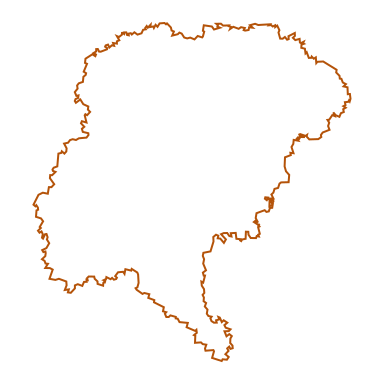 outline of Thakurgaon, Rangpur, Bangladesh
{"feature_id": "16705992B44482388014877", "entity_name": "Thakurgaon", "entity_type": "district", "adm_level": 2, "iso_a3": "BGD", "parent_name": "Bangladesh", "parent_adm1": "Rangpur", "projection": "albers", "projection_center": [88.472, 25.936], "detail": "fine", "context": "isolated", "style": "outline", "palette": "amber", "viewbox_px": 384, "rotation_deg": 0, "n_neighbors": 0, "source": "geoboundaries", "source_scale": "gbopen_adm2", "svg_char_len": 5813}
<svg xmlns="http://www.w3.org/2000/svg" viewBox="0 0 384 384"><path d="M339.4,116.8L340.9,113.2L343.8,112.0L343.2,109.2L345.7,107.7L343.4,106.2L345.5,105.1L344.9,102.2L348.3,101.8L349.0,100.4L349.7,101.5L350.5,98.8L349.9,94.0L347.8,94.2L347.5,87.3L343.6,86.4L345.9,84.1L342.8,82.5L341.4,78.8L339.8,78.6L339.5,75.8L336.2,72.5L336.6,69.8L323.2,61.5L317.4,61.8L316.3,63.1L315.8,57.4L313.8,58.7L311.7,56.6L311.4,57.8L308.8,57.9L306.7,52.2L305.5,53.4L304.9,48.7L301.3,47.8L301.5,44.6L303.9,43.8L303.0,43.3L303.7,41.7L301.0,43.1L299.9,42.5L299.6,38.9L295.3,40.1L292.9,37.8L294.9,35.9L294.8,33.0L288.5,36.2L288.7,39.1L287.1,39.7L284.9,37.0L282.7,38.7L280.2,38.6L278.5,32.5L279.4,30.2L277.2,25.6L275.2,27.1L275.1,25.3L272.7,26.5L271.2,25.1L269.0,25.3L269.9,24.3L258.2,25.0L255.1,23.8L250.0,25.2L252.7,27.7L249.1,27.3L248.6,30.0L245.1,30.6L243.7,30.1L244.8,28.0L241.0,27.2L238.7,28.8L233.3,26.8L230.1,29.0L231.0,26.9L228.8,26.2L229.2,25.4L223.1,25.6L220.9,23.7L216.3,23.8L217.9,25.2L217.4,26.6L220.0,27.7L214.0,29.5L211.9,26.5L203.8,25.3L202.9,30.8L204.2,31.6L202.9,36.5L202.2,37.4L197.7,36.0L194.5,39.4L190.2,37.6L187.2,38.4L184.2,37.5L181.7,33.6L179.4,32.6L177.8,34.2L172.2,35.6L173.9,31.5L171.6,30.5L170.9,27.5L167.0,23.4L166.0,24.3L164.5,23.0L159.6,23.4L157.5,26.8L155.6,24.8L153.9,28.0L153.3,26.5L150.3,27.0L150.6,24.7L147.8,27.7L146.7,26.0L145.2,28.0L145.8,29.3L143.1,29.8L141.5,33.3L137.5,34.6L134.4,32.3L131.8,34.5L130.8,33.2L128.3,33.7L128.7,35.3L127.1,35.0L126.3,32.4L124.2,32.4L124.1,34.0L123.0,33.3L123.7,32.7L122.0,32.9L121.9,34.7L119.0,37.0L116.9,36.1L119.3,40.3L116.9,41.3L116.9,43.6L113.1,43.0L114.1,45.8L111.9,45.3L109.4,47.5L108.0,44.6L105.7,45.4L105.1,46.7L107.2,48.1L107.0,49.3L100.7,51.7L99.1,51.6L97.8,49.0L96.2,49.1L96.2,51.4L93.6,53.0L96.0,54.5L95.3,56.2L92.4,54.3L85.5,58.7L85.0,62.9L87.0,63.8L83.7,71.7L86.1,73.2L85.7,74.9L83.4,76.8L82.9,81.9L78.8,83.3L77.1,85.5L77.6,88.6L74.8,92.1L76.4,95.9L78.5,95.4L78.1,97.9L75.5,99.1L74.8,101.0L75.9,102.8L80.0,99.7L79.8,98.6L83.3,104.2L88.3,106.5L87.9,109.6L90.1,111.9L87.1,115.2L85.4,114.2L84.7,115.3L86.5,122.5L81.9,121.2L81.0,123.3L84.3,126.8L81.9,128.8L82.8,131.9L88.3,133.2L88.5,135.0L86.5,137.6L78.9,138.3L76.0,140.0L72.7,139.2L70.0,140.1L68.1,142.7L64.1,143.6L66.6,148.3L66.3,151.5L64.4,153.6L61.8,151.3L61.3,152.9L58.4,153.6L57.3,166.4L53.7,167.7L52.5,169.5L52.9,170.9L55.5,171.9L52.1,175.2L50.2,175.1L49.9,178.2L54.2,184.2L51.5,187.1L48.9,187.1L47.8,193.7L42.8,192.7L38.5,194.8L33.5,204.7L35.4,206.3L36.3,205.2L37.9,207.6L38.1,209.7L36.5,210.4L36.0,216.8L41.0,218.4L43.1,221.3L39.7,227.0L40.8,228.0L38.0,230.7L39.5,232.7L41.5,231.4L42.8,234.2L42.0,237.7L43.0,238.6L45.1,234.2L46.5,234.0L47.6,237.2L46.9,239.5L49.2,243.2L46.4,248.1L42.2,250.1L43.4,252.1L45.4,251.5L45.7,253.1L45.3,256.1L42.0,259.2L44.6,260.9L45.5,263.5L47.9,263.8L45.3,268.0L49.9,268.1L52.7,269.6L49.5,278.8L55.4,279.9L58.9,278.8L66.3,281.5L66.6,285.3L64.8,290.0L68.8,289.4L67.9,292.4L70.8,292.8L74.9,288.4L74.9,285.4L77.8,284.2L82.3,285.9L84.0,281.9L86.7,281.8L86.5,279.7L87.6,280.0L87.1,278.1L88.7,276.5L94.2,276.6L94.7,278.8L97.5,281.4L97.6,283.9L103.1,285.7L103.3,282.9L104.7,281.3L104.0,282.4L104.8,282.5L105.3,280.6L103.8,280.1L106.1,279.0L106.4,277.1L110.6,279.2L112.1,277.9L113.9,279.7L116.2,279.0L116.9,277.7L115.2,276.1L118.0,272.3L123.1,271.8L124.5,273.9L125.4,269.2L131.2,270.6L131.7,268.9L137.3,272.5L138.1,274.5L138.6,282.9L137.4,287.3L135.6,288.2L136.7,289.8L142.5,293.9L144.3,293.0L149.3,294.2L148.3,297.9L154.3,300.1L154.0,302.3L163.8,307.2L163.0,311.3L166.2,312.2L164.9,313.7L166.3,317.0L168.7,317.0L170.4,315.4L175.8,316.9L175.7,318.4L177.7,318.7L179.5,322.1L187.8,322.9L186.6,327.2L195.2,330.9L196.4,329.8L196.8,332.8L194.0,335.1L195.3,335.7L195.0,342.8L201.0,342.4L202.7,344.1L206.3,344.7L205.0,348.5L205.5,350.7L213.4,350.1L214.0,351.3L212.1,357.9L221.7,361.0L222.6,359.3L226.9,359.7L228.7,357.0L225.4,354.2L228.5,350.9L227.2,348.4L229.2,346.6L230.4,348.9L232.7,348.2L232.5,345.6L230.2,343.0L230.4,338.5L231.8,336.1L229.3,334.1L226.5,336.3L224.5,331.3L228.8,331.1L230.5,329.3L225.7,327.7L224.4,325.1L227.3,322.7L223.7,320.3L221.8,322.1L219.8,317.6L218.4,317.0L219.3,319.4L216.1,320.3L216.7,322.6L214.0,322.7L211.5,321.1L210.4,318.4L211.6,316.7L208.4,316.0L206.8,313.7L207.5,309.6L204.8,306.5L206.1,303.0L203.6,301.2L203.9,297.5L202.6,294.9L204.3,292.9L204.0,289.1L201.8,285.7L201.4,281.6L203.2,282.6L205.0,275.6L203.7,275.6L202.9,272.6L206.0,270.3L203.2,263.6L204.1,259.2L202.8,255.9L203.4,252.8L210.5,251.4L213.5,241.5L213.3,237.0L216.0,234.7L218.3,235.7L217.7,238.3L220.3,238.6L223.9,242.9L225.9,239.4L221.1,234.2L223.7,233.1L227.2,233.0L229.3,236.0L231.5,236.5L230.8,233.2L235.7,232.9L236.4,238.8L240.6,239.2L240.1,240.4L241.2,241.1L242.1,239.5L245.6,238.8L245.9,231.7L248.3,231.8L248.5,234.7L250.7,238.0L256.0,238.1L256.7,236.1L258.9,236.5L258.2,234.7L259.8,233.8L258.1,227.1L259.4,226.5L258.5,225.5L259.6,224.2L258.2,224.8L253.9,222.0L255.5,220.7L258.0,222.5L255.7,218.1L256.5,213.2L264.7,210.2L266.4,211.9L268.8,211.4L269.9,208.0L272.2,207.8L272.7,204.7L269.4,206.3L269.6,199.6L267.7,198.7L266.8,200.2L264.9,198.7L265.3,197.3L268.4,197.6L268.4,198.8L271.3,198.5L270.4,199.8L272.3,200.2L270.6,201.1L272.1,203.7L273.4,201.5L272.4,198.9L273.4,198.5L271.4,194.5L273.4,192.6L274.5,188.9L278.1,187.9L279.5,183.6L281.1,182.4L288.6,182.2L289.2,174.9L286.0,171.3L284.6,166.4L285.0,157.3L290.8,155.1L290.4,152.8L293.5,153.2L291.5,147.0L293.3,143.9L293.7,139.9L298.2,140.7L296.7,138.8L298.0,137.3L299.1,137.5L297.8,138.8L298.7,139.6L300.4,137.0L304.9,137.1L299.8,135.6L299.3,134.5L300.2,134.1L305.6,135.9L307.0,134.9L306.6,136.5L309.3,139.4L318.3,139.1L321.3,137.0L320.9,135.0L322.7,132.5L329.5,129.8L328.1,126.0L329.2,122.7L327.5,119.9L329.2,119.7L332.3,115.1L334.8,116.1L333.3,112.4L335.7,115.2L339.4,116.8Z" fill="none" stroke="#b45309" stroke-width="2"/></svg>